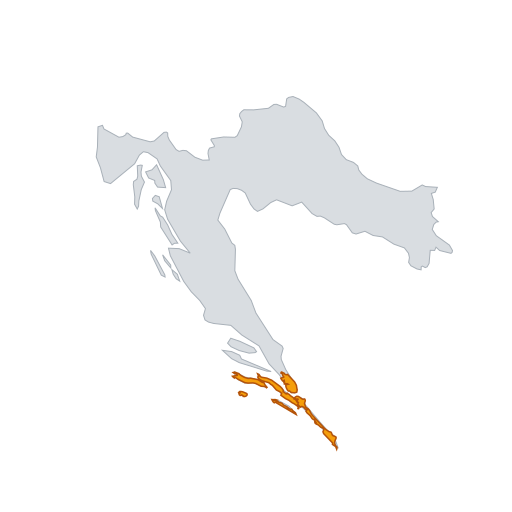 Croatia, with Dubrovacko-Neretvanska highlighted, rotated 16°
{"feature_id": "HRV-1490", "entity_name": "Dubrovacko-Neretvanska", "entity_type": "County", "adm_level": 1, "iso_a3": "HRV", "parent_name": "Croatia", "parent_adm1": "", "projection": "robinson", "projection_center": [17.511, 42.787], "detail": "fine", "context": "in_parent", "style": "filled", "palette": "amber", "viewbox_px": 512, "rotation_deg": 16, "n_neighbors": 0, "source": "natural_earth", "source_scale": "10m", "svg_char_len": 7489}
<svg xmlns="http://www.w3.org/2000/svg" viewBox="0 0 512 512"><g transform="rotate(16 256 256)"><path d="M72.4,172.7L74.8,175.8L91.5,179.6L95.1,177.9L97.4,175.3L97.4,173.7L98.8,173.2L104.7,175.7L122.8,175.4L126.5,173.5L133.5,162.5L135.7,161.6L137.2,162.1L138.2,165.3L140.7,168.4L149.8,175.7L153.2,176.6L156.6,174.6L160.1,174.0L170.0,177.9L178.3,178.6L184.6,176.6L181.6,170.7L181.1,167.7L181.6,165.1L185.8,162.5L185.6,161.4L180.6,156.8L180.8,155.7L192.1,150.5L203.0,147.7L204.8,145.5L206.4,135.9L205.8,130.8L201.5,126.0L201.2,123.6L202.3,121.1L204.0,118.8L213.4,116.2L227.2,110.6L231.4,105.4L233.9,104.5L241.6,105.2L243.2,104.0L242.2,96.5L243.6,94.6L247.6,92.5L254.3,93.3L259.9,95.2L274.6,101.8L282.4,107.9L286.7,114.6L292.6,119.9L300.0,123.6L305.8,128.6L310.2,134.9L316.2,138.5L324.0,139.2L329.0,141.4L331.1,145.0L335.3,148.2L341.7,151.1L351.7,152.7L376.8,154.1L387.9,150.7L396.2,141.9L399.8,142.5L411.4,140.0L410.7,145.2L407.3,147.5L410.8,152.9L414.3,161.7L412.4,166.0L414.7,169.4L421.8,172.8L419.8,173.8L418.2,176.7L418.1,181.9L423.7,186.8L438.9,192.2L443.4,196.6L443.5,198.5L442.7,199.7L431.0,200.1L426.6,197.9L426.2,201.4L421.9,202.5L424.4,215.4L423.5,219.2L421.9,220.5L418.7,219.8L417.8,221.0L418.5,223.8L414.3,224.1L407.6,222.7L404.5,220.1L403.9,215.2L401.8,211.3L396.4,207.3L385.3,206.6L372.3,202.8L362.9,204.0L353.9,202.2L346.1,207.3L342.2,207.2L334.3,200.9L332.0,200.5L325.1,203.7L322.4,203.9L311.0,200.4L306.8,199.9L303.7,201.1L298.3,199.8L285.1,191.6L276.9,197.8L260.3,196.3L255.4,200.6L249.7,208.8L245.1,212.7L241.1,211.3L236.4,207.7L228.3,198.4L224.1,196.8L219.4,196.4L215.2,197.4L212.9,199.3L209.5,224.8L209.4,232.0L218.5,238.7L229.2,250.2L232.7,251.6L234.4,255.3L239.7,276.0L245.1,283.2L263.7,300.1L271.6,310.8L295.4,331.7L305.9,335.4L307.6,337.4L307.7,345.5L308.8,348.5L315.9,357.0L330.2,369.5L331.9,372.4L332.4,374.5L331.4,376.1L327.7,377.8L311.2,363.8L298.3,356.1L283.7,341.6L264.2,335.9L250.9,329.6L234.0,332.5L228.5,332.6L224.6,331.5L221.9,327.5L221.9,320.5L214.1,314.2L203.6,308.2L193.6,300.4L173.6,279.4L169.7,272.6L180.1,270.1L192.0,271.4L179.2,262.5L160.9,245.0L155.5,236.8L155.0,227.9L156.5,215.6L153.3,207.0L139.2,195.8L134.1,189.9L123.7,186.4L119.0,186.8L116.1,191.1L113.9,200.8L96.2,226.5L89.5,226.3L82.1,214.0L75.1,204.8L73.6,195.1L68.5,175.4L72.4,172.7ZM382.8,408.0L382.9,411.0L388.1,418.2L364.9,402.1L343.1,389.1L327.7,385.9L306.5,375.4L292.8,371.7L304.1,370.9L336.6,384.8L333.0,381.1L337.7,379.7L341.7,380.7L344.2,385.3L362.6,397.6L374.2,404.9L382.8,408.0ZM129.4,240.5L128.9,243.6L125.0,239.7L123.2,232.6L118.4,221.3L117.8,218.1L120.4,215.0L120.3,211.8L117.0,202.0L120.0,200.4L121.7,200.2L122.3,207.0L123.8,210.9L128.4,215.7L127.4,223.8L128.2,235.3L129.4,240.5ZM150.3,215.2L142.4,216.9L138.7,213.8L137.8,211.3L131.3,210.6L126.7,205.6L132.3,201.8L135.3,195.7L145.9,208.2L150.3,215.2ZM276.1,351.3L265.9,351.5L257.0,350.1L252.7,347.6L254.4,342.0L264.3,342.5L279.3,344.9L282.9,347.8L281.8,349.1L276.1,351.3ZM302.4,362.9L297.9,363.7L269.2,363.1L260.8,361.4L249.7,355.9L259.0,354.6L267.7,355.9L270.4,359.0L302.4,362.9ZM174.0,266.3L172.3,268.5L156.4,254.4L154.7,249.7L146.8,240.1L145.7,237.5L152.9,243.8L155.6,244.4L162.5,250.5L169.2,258.4L177.3,265.2L174.0,266.3ZM267.3,373.2L279.2,375.4L288.0,374.4L295.9,375.8L302.0,379.5L288.4,378.7L280.2,381.3L273.0,379.9L270.2,378.2L268.3,376.1L267.3,373.2ZM173.6,299.3L174.4,301.3L170.2,300.5L154.7,283.1L153.1,279.7L158.6,283.8L173.6,299.3ZM146.6,225.7L153.0,236.1L147.1,232.9L141.7,231.7L140.6,229.3L142.5,225.5L146.6,225.7ZM329.1,391.3L338.0,396.8L312.1,389.6L317.8,388.8L329.1,391.3ZM185.4,295.2L189.6,301.2L185.5,299.9L181.4,296.3L178.9,292.3L185.4,295.2ZM176.5,288.2L177.4,291.0L169.5,285.7L165.9,280.6L176.5,288.2Z" fill="#d9dde1" stroke="#a8b0b8" stroke-width="1"/><path d="M382.9,408.1L383.2,409.4L382.8,412.0L382.9,413.3L383.4,414.6L384.1,415.6L384.9,416.5L385.4,416.8L386.5,417.4L386.8,418.3L386.8,419.5L385.3,417.5L384.4,417.0L382.3,416.4L381.3,415.9L381.3,414.7L370.0,408.1L368.8,406.5L368.9,405.8L369.0,404.7L369.0,403.7L368.6,403.2L365.3,402.7L362.6,401.3L361.6,401.1L360.5,401.0L359.5,400.7L358.7,400.2L358.3,399.4L359.5,399.4L358.2,398.2L357.6,397.6L357.3,396.7L356.4,397.5L354.7,396.8L352.0,394.5L348.2,392.7L346.8,391.4L347.6,389.6L345.8,389.7L343.8,388.3L342.0,387.9L341.6,388.0L341.1,388.2L340.6,388.5L340.3,389.1L339.9,389.0L339.5,388.7L339.3,388.5L338.9,388.3L337.4,387.1L336.5,386.8L337.7,387.8L338.3,388.6L339.1,390.6L339.1,390.9L338.7,391.2L338.3,391.1L338.3,390.6L338.4,390.0L338.3,389.6L337.0,388.8L333.7,387.6L330.8,387.0L327.4,385.6L323.8,385.0L318.3,383.0L318.5,381.0L316.8,380.0L312.5,379.2L307.4,375.8L305.2,375.2L304.2,374.5L303.7,374.3L302.9,374.2L296.0,374.2L293.9,373.7L292.9,373.3L291.6,372.6L291.0,371.8L291.7,371.0L291.7,370.4L291.1,370.2L290.7,369.8L290.4,369.3L290.0,368.8L291.4,369.0L293.5,370.6L294.6,371.0L300.1,370.4L305.4,371.1L315.1,374.7L317.4,376.0L319.2,377.5L319.3,377.8L319.3,378.3L319.4,378.7L319.6,379.2L319.9,379.2L320.7,379.1L321.0,379.2L322.1,380.0L322.7,380.2L323.4,380.2L323.6,380.1L323.6,379.3L323.9,379.2L324.2,379.3L324.9,379.7L325.2,379.8L326.0,379.9L326.6,380.2L327.6,380.8L330.1,381.6L331.3,382.1L332.0,383.0L332.4,383.0L333.4,382.9L336.1,385.4L337.8,385.7L335.8,384.4L335.2,383.4L336.0,382.4L335.6,381.9L333.7,382.5L332.1,381.6L332.9,380.5L333.8,379.6L335.2,379.3L336.6,379.6L339.3,380.6L340.7,380.8L341.2,380.5L341.7,380.1L342.3,380.1L343.1,381.0L343.3,381.8L343.2,383.7L343.3,384.6L345.4,387.5L346.1,387.9L348.3,388.5L349.9,389.6L352.7,392.5L354.2,393.6L357.7,395.7L369.1,402.6L371.2,403.6L374.7,404.7L376.5,404.6L377.2,405.1L378.5,406.9L379.5,407.5L381.8,407.7L382.9,408.1ZM319.0,361.1L327.8,366.4L328.5,367.1L330.5,369.2L332.4,373.4L332.5,373.4L332.7,375.7L330.9,376.9L327.4,377.5L325.4,376.5L324.4,376.9L323.2,376.2L322.1,375.1L321.4,374.3L320.5,372.8L320.3,371.9L320.8,371.1L322.3,370.4L321.4,370.1L320.3,370.5L319.2,371.1L317.9,371.5L318.3,371.3L319.6,370.4L319.0,370.4L318.3,370.3L317.8,370.0L317.4,369.4L317.9,368.8L317.5,368.1L317.4,367.7L316.0,368.8L313.8,367.0L313.5,366.6L315.3,365.4L315.7,365.2L316.1,364.9L316.1,364.6L315.9,364.5L315.2,364.0L314.9,363.8L314.7,363.5L314.4,362.7L314.1,362.4L313.8,362.1L313.5,361.9L312.7,361.9L312.4,361.8L312.2,361.6L312.2,361.4L312.3,360.7L312.7,360.4L313.8,360.7L315.1,360.9L315.5,361.0L315.9,361.4L316.1,361.6L316.5,361.7L317.0,361.8L318.1,361.7L318.6,361.4L318.9,361.2L319.0,361.1ZM298.4,375.4L299.5,376.7L300.5,377.6L302.8,379.2L302.4,379.8L301.1,379.1L299.7,379.2L296.8,379.8L290.8,378.6L288.1,378.8L283.3,380.4L280.2,380.8L273.0,379.5L269.9,378.6L268.7,378.8L268.7,379.2L267.6,378.8L266.5,378.1L270.9,375.9L270.9,375.4L269.7,375.0L267.1,374.7L266.1,374.3L267.4,373.5L268.9,373.5L270.3,373.7L271.8,373.7L273.2,374.5L274.9,375.1L278.5,375.9L282.0,375.9L282.9,375.7L284.4,375.0L291.9,374.3L297.0,375.8L298.4,375.4ZM332.5,393.4L333.8,394.5L337.1,395.8L338.3,397.3L314.8,391.2L314.0,392.1L312.7,391.5L311.5,390.4L310.8,389.6L311.9,389.4L314.0,388.7L315.2,388.7L314.9,388.9L314.5,389.1L313.9,389.6L314.6,389.5L315.3,389.6L315.9,389.8L316.5,390.2L317.0,389.6L318.1,390.3L321.3,390.3L323.7,391.7L327.0,392.3L328.5,392.9L328.3,393.0L328.2,393.1L328.0,393.4L331.8,393.8L332.5,393.4ZM280.7,390.2L284.7,390.7L285.6,391.2L285.7,392.4L284.9,393.6L283.7,394.3L282.4,394.5L282.2,394.0L281.7,393.9L280.6,393.4L280.0,394.2L279.1,394.4L278.2,394.0L277.5,392.9L278.3,392.5L278.4,391.7L278.1,391.3L277.5,391.8L277.1,391.8L277.6,390.8L278.7,390.4L280.7,390.2Z" fill="#f59e0b" stroke="#b45309" stroke-width="1.5"/></g></svg>